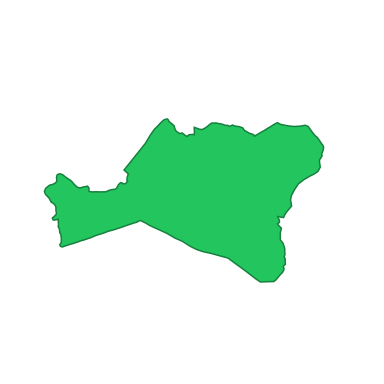 the district of Svay Rieng, Svay Rieng, Cambodia, rotated 126°
{"feature_id": "14789045B88579584003183", "entity_name": "Svay Rieng", "entity_type": "district", "adm_level": 2, "iso_a3": "KHM", "parent_name": "Cambodia", "parent_adm1": "Svay Rieng", "projection": "natural_earth1", "projection_center": [105.819, 11.091], "detail": "fine", "context": "isolated", "style": "filled", "palette": "green", "viewbox_px": 384, "rotation_deg": 126, "n_neighbors": 0, "source": "geoboundaries", "source_scale": "gbopen_adm2", "svg_char_len": 3319}
<svg xmlns="http://www.w3.org/2000/svg" viewBox="0 0 384 384"><g transform="rotate(126 192 192)"><path d="M312.7,264.6L310.2,262.9L306.6,260.3L303.7,258.0L299.6,255.1L296.5,253.0L295.2,251.9L292.5,249.9L290.7,248.7L288.0,246.7L284.6,244.8L281.2,242.4L278.6,240.4L275.0,237.9L273.7,237.2L270.9,235.0L267.7,232.4L265.5,230.9L262.8,228.9L258.9,226.2L255.0,223.5L251.0,220.6L248.9,218.9L246.0,217.6L245.1,216.2L244.9,214.0L244.4,211.7L244.0,207.0L243.3,203.0L241.7,195.5L240.2,187.7L239.3,178.6L237.6,171.2L237.0,161.6L235.8,154.5L233.8,148.1L230.3,140.0L226.9,130.9L224.3,124.1L224.4,116.7L224.4,102.8L224.8,89.8L224.6,83.8L222.1,80.6L218.9,76.5L216.4,73.2L214.7,72.7L213.6,72.4L208.0,72.1L203.7,71.5L201.2,71.9L199.9,72.6L198.4,74.5L195.6,74.0L193.6,75.6L191.3,77.4L190.0,79.5L187.8,80.1L186.1,81.6L182.9,84.1L180.8,87.1L179.9,88.3L178.8,92.4L172.9,96.7L168.7,98.4L168.3,101.6L167.5,104.1L165.2,103.4L163.5,104.7L161.5,108.3L160.7,106.8L160.3,105.8L159.7,104.6L158.9,102.9L155.6,103.6L152.3,103.7L147.9,103.4L144.8,103.2L143.0,105.0L140.4,107.7L136.4,109.5L130.1,110.4L123.0,110.7L116.7,108.9L110.9,106.5L105.8,103.8L101.4,102.2L96.5,102.8L93.3,106.0L91.1,107.7L88.2,107.8L86.1,108.1L85.6,109.1L84.5,109.5L83.5,109.8L81.4,110.4L79.0,111.4L77.5,113.0L76.7,115.6L75.6,118.6L74.7,121.2L74.2,123.0L74.0,125.6L73.7,127.2L72.1,132.3L70.7,136.6L71.4,139.6L73.4,141.5L76.0,144.2L79.2,148.2L82.0,153.1L84.6,158.7L85.3,160.5L85.6,163.6L87.1,164.4L89.2,165.4L92.8,166.8L95.5,168.0L98.9,169.3L103.0,171.2L110.0,174.2L109.4,175.9L110.8,180.4L111.0,183.3L111.4,185.6L110.3,188.8L111.5,192.5L113.4,196.0L114.0,198.6L117.0,200.3L117.1,202.5L117.9,203.0L118.7,205.1L119.6,208.1L121.0,210.8L122.0,213.1L124.4,216.3L126.1,217.2L127.8,217.6L130.6,218.3L132.0,218.8L135.3,220.3L136.7,222.5L137.6,225.6L138.3,228.2L139.5,227.4L140.8,226.3L143.0,224.6L144.3,223.9L144.9,225.2L147.3,228.0L150.0,228.7L150.2,230.9L150.0,234.7L152.0,236.3L152.0,238.4L152.2,239.9L151.5,242.1L150.1,244.0L148.8,245.6L148.7,248.3L148.5,249.9L148.6,251.9L147.6,253.4L147.4,255.0L148.5,255.9L149.7,256.9L151.0,257.3L153.7,257.9L159.3,258.6L163.5,259.3L170.0,259.2L174.9,258.8L180.0,258.3L214.2,259.9L214.8,254.2L218.5,253.0L220.7,251.6L221.2,250.5L222.2,250.6L223.7,250.6L225.1,251.3L225.7,252.7L225.7,253.8L226.2,255.1L227.6,255.6L229.5,255.8L231.5,255.4L233.4,255.3L234.8,255.7L236.2,257.2L237.8,258.8L239.8,260.3L242.5,261.9L244.2,264.1L246.7,267.5L248.3,269.9L250.1,272.1L251.4,274.2L251.9,275.6L251.0,276.9L249.7,277.3L249.1,278.2L248.7,280.0L250.3,281.4L252.1,283.1L253.9,284.5L255.1,285.8L255.5,288.2L255.1,291.4L254.5,294.2L254.0,295.8L254.0,298.1L254.2,300.4L254.2,302.2L254.2,303.4L254.1,305.0L254.0,306.5L254.7,309.2L255.5,310.2L257.4,311.2L260.0,310.1L262.2,308.1L263.6,307.7L265.2,307.9L267.2,308.9L268.3,309.7L270.1,311.2L271.1,311.5L272.9,312.0L274.9,312.5L278.1,311.9L279.9,309.4L280.5,306.6L280.9,304.2L281.7,302.5L283.0,300.0L282.7,297.7L283.1,295.1L284.3,293.1L286.7,291.4L288.7,289.4L289.9,288.7L291.5,289.0L293.6,289.3L294.9,289.7L295.7,289.2L296.2,287.6L295.3,286.5L293.8,285.1L292.7,284.2L294.6,282.7L296.7,280.9L298.7,279.9L299.8,277.6L301.3,276.3L302.8,274.8L303.6,272.8L304.8,271.9L306.2,270.6L307.5,269.6L308.8,268.7L310.1,268.0L311.5,268.1L312.4,267.9L313.3,266.5L312.7,264.6Z" fill="#22c55e" stroke="#15803d" stroke-width="1.5"/></g></svg>